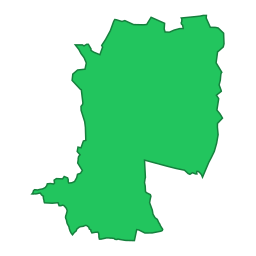 Dutsin Ma, Katsina, Nigeria
{"feature_id": "59680162B60516342630503", "entity_name": "Dutsin Ma", "entity_type": "district", "adm_level": 2, "iso_a3": "NGA", "parent_name": "Nigeria", "parent_adm1": "Katsina", "projection": "natural_earth1", "projection_center": [7.474, 12.411], "detail": "fine", "context": "isolated", "style": "filled", "palette": "green", "viewbox_px": 256, "rotation_deg": 0, "n_neighbors": 0, "source": "geoboundaries", "source_scale": "gbopen_adm2", "svg_char_len": 2808}
<svg xmlns="http://www.w3.org/2000/svg" viewBox="0 0 256 256"><path d="M202.5,177.2L208.8,162.3L211.4,157.4L214.3,151.4L216.6,143.3L218.1,134.7L217.4,127.1L217.5,123.4L222.5,118.1L220.0,113.9L216.9,110.1L218.7,98.7L216.4,95.2L221.3,91.3L221.1,90.3L219.1,84.9L220.3,80.2L220.8,74.7L221.1,73.2L221.8,72.3L216.1,62.8L217.6,51.6L218.1,51.5L223.2,47.0L223.3,46.7L224.0,43.8L223.6,33.2L218.2,28.0L215.6,27.4L210.3,27.3L206.2,18.1L206.4,15.4L203.3,15.4L200.1,16.1L195.6,16.6L181.3,18.0L181.9,19.3L181.7,21.6L181.2,22.8L181.4,23.9L182.6,25.2L183.2,28.0L183.2,28.5L179.6,28.6L174.1,30.1L169.4,32.2L165.1,32.0L164.2,29.0L164.6,23.3L151.1,17.3L146.7,24.5L143.4,24.8L133.6,24.6L124.8,20.6L122.0,21.5L116.5,19.8L114.8,19.5L114.5,20.0L113.7,21.4L110.3,30.8L105.5,39.6L101.7,45.4L102.6,47.1L99.9,54.7L93.8,52.2L91.0,50.4L91.0,48.9L88.3,44.3L86.7,44.3L84.0,45.9L82.4,44.9L75.3,44.9L78.9,49.5L81.0,53.5L84.1,57.7L86.3,63.0L85.0,69.2L77.6,70.0L72.8,74.1L72.1,80.4L80.4,89.3L81.3,89.7L82.9,103.0L82.6,104.4L81.0,106.4L81.1,110.3L84.7,121.7L85.4,127.3L85.8,140.4L83.4,141.0L81.0,147.8L78.0,147.1L77.2,151.5L80.1,154.8L78.6,156.5L78.2,158.3L78.2,159.8L77.7,163.0L82.3,170.4L80.5,173.3L78.6,173.9L77.5,174.3L76.7,177.7L74.6,181.5L72.0,182.7L68.9,183.1L68.2,181.8L68.2,179.6L67.6,177.9L64.2,176.5L62.6,178.9L56.4,178.6L54.1,180.2L54.5,183.1L53.6,184.0L50.3,183.5L47.3,183.8L46.7,185.7L45.2,187.6L42.6,188.9L39.4,189.5L37.5,190.0L36.1,189.8L34.6,189.7L33.5,190.7L33.2,191.8L32.8,193.0L32.0,193.9L33.4,194.0L34.5,193.8L35.5,193.9L36.4,193.8L37.6,193.6L38.9,193.2L40.4,193.1L41.3,194.6L42.6,195.8L43.4,196.2L43.3,197.5L43.5,198.7L44.0,200.5L44.1,201.7L44.5,202.8L52.3,203.2L58.0,202.7L59.1,205.7L60.9,205.7L62.8,205.1L64.2,205.8L66.3,208.3L67.2,210.8L66.2,214.6L65.8,215.6L65.5,217.2L65.8,218.7L66.3,219.5L66.5,220.4L66.7,221.6L67.2,223.6L68.9,226.7L69.3,228.6L70.1,231.0L71.1,233.0L72.5,234.8L74.3,232.5L76.2,230.9L76.8,229.1L79.4,227.0L80.8,226.6L83.3,226.3L85.3,225.4L86.6,225.5L87.3,226.0L88.8,227.2L89.3,229.0L90.8,229.8L90.9,231.0L91.9,232.9L95.2,232.3L97.8,232.1L98.5,233.0L98.9,234.7L98.9,237.0L99.4,239.1L101.1,239.1L104.4,238.4L106.5,237.9L108.6,237.9L110.2,238.1L111.0,238.1L111.6,238.1L112.2,238.2L114.3,238.5L115.0,239.3L116.9,239.5L118.0,239.0L119.5,239.4L125.5,240.4L134.4,240.6L136.7,229.6L138.7,229.9L144.9,233.0L152.3,232.9L160.9,231.2L162.3,230.5L162.7,229.3L160.5,225.9L159.6,223.8L158.8,222.7L157.3,219.4L155.0,217.7L153.0,214.2L152.3,210.1L149.6,202.7L150.1,199.7L150.9,196.2L150.3,194.6L146.7,192.8L145.5,191.7L145.2,186.0L144.5,182.6L144.9,179.8L145.1,178.5L145.4,177.5L144.5,160.1L167.5,166.3L176.2,168.5L184.5,170.2L188.2,173.6L189.9,174.3L192.5,172.7L195.5,173.9L196.9,173.9L196.6,172.4L196.9,171.4L198.4,171.5L200.3,173.2L201.5,174.8L202.5,177.2Z" fill="#22c55e" stroke="#15803d" stroke-width="1.5"/></svg>